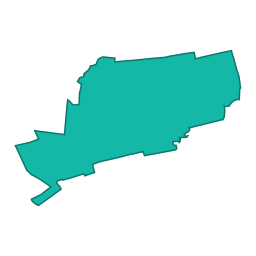 Coteana, Olt, Romania
{"feature_id": "2599482B13095834850440", "entity_name": "Coteana", "entity_type": "district", "adm_level": 2, "iso_a3": "ROU", "parent_name": "Romania", "parent_adm1": "Olt", "projection": "robinson", "projection_center": [24.45, 44.293], "detail": "fine", "context": "isolated", "style": "filled", "palette": "teal", "viewbox_px": 256, "rotation_deg": 0, "n_neighbors": 0, "source": "geoboundaries", "source_scale": "gbopen_adm2", "svg_char_len": 5345}
<svg xmlns="http://www.w3.org/2000/svg" viewBox="0 0 256 256"><path d="M49.9,197.3L61.1,189.1L60.6,188.1L60.1,187.1L59.9,186.7L57.9,184.5L57.7,184.2L57.3,183.5L57.2,183.3L56.9,183.0L56.6,182.8L56.4,182.7L56.6,182.3L56.8,181.9L56.9,181.5L57.0,181.2L58.3,180.5L58.8,180.4L59.3,180.5L59.9,180.3L62.5,179.2L62.6,179.3L62.8,179.4L63.1,180.1L67.6,178.7L68.5,178.6L83.8,173.8L84.1,174.2L84.4,174.8L84.8,175.8L94.6,172.5L92.7,165.6L92.9,165.4L93.1,165.0L93.5,164.4L94.0,163.8L94.2,163.6L94.5,163.5L94.8,163.4L95.4,163.3L95.8,163.2L96.1,163.2L96.4,163.0L96.9,162.7L97.1,162.6L98.5,162.2L99.5,161.9L101.2,161.4L104.0,160.8L104.8,160.6L113.1,158.7L117.8,157.6L123.1,156.3L128.6,154.8L130.0,154.5L131.2,154.2L131.9,154.2L132.3,154.2L133.7,153.8L135.1,153.5L141.2,151.9L141.3,151.9L141.4,152.1L141.6,152.2L141.9,152.1L142.0,152.0L142.1,151.8L142.9,151.6L143.5,152.9L144.0,154.2L144.5,155.6L152.3,154.2L161.9,152.4L170.5,150.8L171.5,150.6L173.0,150.3L174.9,150.0L175.2,149.9L175.4,149.8L176.6,148.9L176.8,148.6L176.7,148.3L176.6,147.7L176.1,145.3L175.2,145.3L174.6,145.3L174.0,145.0L173.4,144.3L173.2,143.8L173.0,143.3L173.1,142.9L173.1,141.6L177.8,141.4L178.2,141.3L178.5,141.7L179.1,142.5L179.2,142.4L179.4,142.0L179.7,141.5L179.7,141.4L180.2,141.3L180.3,141.2L180.2,141.0L180.0,140.8L179.9,140.6L179.7,140.2L179.8,139.8L179.9,139.7L180.1,139.6L180.2,139.4L179.8,139.2L179.7,139.1L179.7,138.8L179.9,138.7L180.1,138.8L180.2,138.7L180.4,138.7L180.4,138.4L180.2,138.3L179.9,138.2L179.7,138.1L179.5,137.9L179.3,137.7L179.5,137.5L179.9,137.5L180.0,137.5L180.0,137.4L181.6,137.5L184.7,137.4L186.6,137.2L186.3,136.7L186.7,136.5L187.5,136.0L187.6,135.9L187.3,135.9L186.6,136.3L186.3,136.5L186.1,136.6L185.4,135.9L184.6,135.0L184.2,134.7L184.3,134.5L184.5,134.3L184.7,134.1L185.0,133.8L185.2,133.6L185.4,133.3L185.7,133.1L186.3,132.7L186.7,132.6L187.1,132.4L187.7,132.1L188.2,131.7L188.6,131.3L189.1,131.0L189.3,130.8L189.5,130.2L189.6,129.1L189.6,128.6L189.5,128.2L189.1,127.5L189.5,127.3L189.9,127.7L221.7,119.8L222.5,119.7L223.0,119.7L223.1,119.4L224.1,117.1L224.3,116.3L224.4,115.6L224.6,112.8L224.7,111.7L224.8,111.0L224.8,110.6L224.8,110.0L224.7,109.3L224.6,108.1L224.5,107.3L224.2,106.5L224.1,106.0L224.9,106.1L226.5,106.4L227.0,106.4L227.6,106.3L228.1,106.1L228.7,105.9L229.5,105.7L229.3,105.3L229.1,105.2L229.8,104.5L229.9,104.4L230.1,104.3L230.3,104.1L230.6,103.8L231.7,102.6L232.0,102.2L232.3,102.0L233.1,101.4L233.9,100.8L234.6,100.4L235.0,100.2L235.4,100.1L236.8,99.6L237.3,99.4L237.6,99.4L239.3,99.6L239.3,98.6L239.6,91.5L239.7,90.2L239.8,89.0L240.0,88.6L240.6,87.8L240.6,87.7L240.4,86.9L240.1,86.2L240.1,84.2L239.2,78.5L238.9,76.2L236.7,69.6L234.5,61.3L233.6,58.0L232.3,54.2L231.4,50.6L222.4,52.5L213.7,54.5L205.6,56.3L201.7,57.2L199.1,57.9L195.4,58.8L194.2,52.4L188.7,53.1L185.7,53.5L179.3,54.6L174.9,55.4L170.9,56.0L170.5,56.0L170.0,56.1L168.4,56.5L167.5,56.7L166.8,57.0L166.1,57.2L165.8,57.2L164.2,57.3L163.8,57.6L163.6,57.6L163.0,57.5L159.6,57.8L157.3,58.0L149.4,58.7L145.6,59.1L142.7,59.4L140.1,59.7L135.6,60.1L135.0,60.1L134.6,60.2L132.4,60.4L127.7,60.8L124.4,61.0L123.2,61.1L121.3,61.3L114.9,62.0L114.7,60.3L114.7,59.9L114.7,59.6L115.0,58.1L113.0,58.0L105.5,57.2L103.6,56.9L103.2,56.9L102.4,57.2L102.2,57.3L101.3,57.5L100.7,57.7L100.2,58.0L99.5,58.5L98.7,59.0L98.3,59.2L98.2,59.4L98.1,59.5L97.7,60.4L97.6,60.7L97.0,62.0L96.8,62.5L96.7,63.1L96.6,63.3L96.6,63.6L96.5,63.8L96.4,64.0L96.2,64.2L95.9,64.3L95.7,64.4L95.4,64.5L94.9,64.8L94.5,64.9L93.8,65.1L93.6,65.3L92.8,65.6L92.5,65.7L91.4,65.8L90.7,65.8L90.4,66.0L90.3,66.3L89.5,68.2L89.1,68.9L88.9,69.3L87.8,70.5L87.3,71.1L86.5,71.7L86.4,71.8L85.8,72.2L85.3,72.5L84.9,72.9L84.2,73.6L83.9,74.0L83.9,74.3L83.8,74.9L83.8,76.0L83.7,76.4L83.6,76.7L83.5,76.8L83.3,76.8L82.3,77.0L80.2,77.6L79.7,77.9L79.3,78.4L79.0,78.8L78.8,79.1L78.5,79.8L78.4,80.0L78.3,80.4L78.2,80.6L77.7,81.1L77.6,81.3L77.6,81.7L77.8,81.8L78.0,82.0L78.6,82.4L79.7,83.2L80.1,83.4L80.3,83.5L80.8,83.7L81.3,83.7L81.2,84.4L81.2,85.5L81.1,86.3L80.9,87.3L80.7,88.2L80.1,91.2L79.9,91.6L79.4,93.6L79.8,93.7L79.4,95.2L79.1,103.6L78.7,104.2L78.6,104.7L77.9,104.5L77.5,104.6L76.9,104.7L76.3,104.9L75.5,104.9L74.4,104.9L73.7,104.9L73.1,104.8L72.5,104.4L72.3,104.2L71.6,103.4L70.2,102.0L69.2,101.0L68.7,100.6L67.8,99.8L67.7,100.8L67.4,101.9L67.1,104.9L66.8,107.5L66.8,108.2L66.8,108.6L66.7,109.3L66.7,109.7L66.7,110.2L66.6,110.9L66.6,111.0L66.5,111.4L66.5,112.5L66.4,113.4L66.1,115.9L66.0,116.8L65.8,119.2L65.6,121.4L65.6,122.2L65.5,123.1L65.4,124.4L65.2,125.9L65.1,126.2L65.1,126.5L65.1,127.0L65.1,127.5L65.0,128.2L64.9,129.4L64.9,129.7L64.7,132.5L64.7,132.9L64.6,134.0L64.6,134.4L64.5,134.6L64.4,134.6L64.2,134.5L63.5,134.4L62.6,134.3L61.9,134.2L61.5,134.2L61.1,134.1L59.9,133.9L55.0,133.4L54.3,133.2L53.7,133.2L52.8,133.0L51.9,133.0L51.0,132.8L50.8,132.8L50.1,132.7L48.7,132.5L48.4,132.5L47.9,132.4L45.7,132.1L45.2,132.0L44.8,132.1L44.3,132.0L41.5,131.6L41.1,131.6L40.4,131.5L39.0,131.3L38.2,131.1L37.9,131.1L36.9,130.9L34.7,130.7L34.8,131.1L35.4,132.1L35.6,132.5L36.8,135.2L37.4,136.5L37.8,137.4L38.5,139.0L36.0,140.0L32.0,141.6L29.5,142.5L15.4,145.7L20.4,156.2L26.7,170.1L31.5,174.7L38.9,178.6L50.9,186.8L42.5,193.4L41.0,194.5L39.9,195.1L33.6,198.2L31.5,199.1L31.5,199.5L31.6,200.0L31.8,200.5L32.5,201.4L33.2,202.1L33.9,202.7L34.5,203.2L36.1,204.3L37.9,205.1L38.6,205.4L49.9,197.3Z" fill="#14b8a6" stroke="#0f766e" stroke-width="1.5"/></svg>